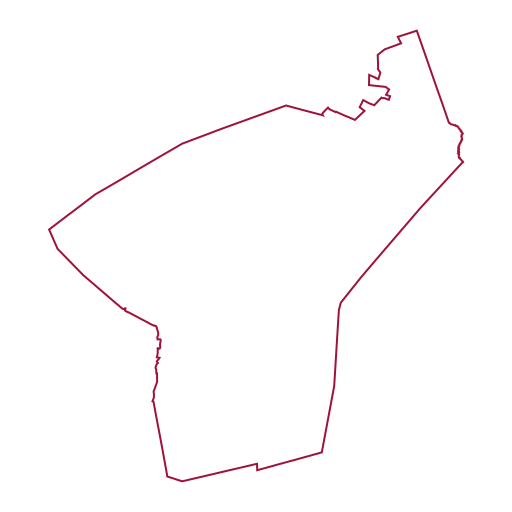 outline of Cranendonck, Noord-Brabant, Netherlands
{"feature_id": "6326949B25939661204192", "entity_name": "Cranendonck", "entity_type": "district", "adm_level": 2, "iso_a3": "NLD", "parent_name": "Netherlands", "parent_adm1": "Noord-Brabant", "projection": "natural_earth1", "projection_center": [5.605, 51.287], "detail": "fine", "context": "isolated", "style": "outline", "palette": "rose", "viewbox_px": 512, "rotation_deg": 0, "n_neighbors": 0, "source": "geoboundaries", "source_scale": "gbopen_adm2", "svg_char_len": 5152}
<svg xmlns="http://www.w3.org/2000/svg" viewBox="0 0 512 512"><path d="M416.8,30.7L397.8,36.8L401.1,43.3L384.8,49.3L382.0,51.5L380.4,52.8L377.7,54.9L378.0,62.7L378.1,68.1L377.8,68.9L378.7,70.2L380.3,72.4L380.2,73.0L379.7,74.8L378.9,77.4L378.4,79.2L375.7,78.0L375.8,77.8L369.2,74.9L369.0,85.1L385.6,86.9L389.1,89.5L388.8,90.0L386.1,94.8L390.1,96.2L388.8,99.8L386.7,99.0L386.1,98.8L385.3,98.4L384.8,98.2L384.4,98.2L384.0,98.1L383.4,98.1L382.6,98.1L382.3,98.1L382.0,98.0L381.8,97.9L381.6,97.9L381.4,97.7L374.2,105.3L373.5,104.9L372.9,104.7L369.1,103.3L367.1,102.2L363.2,100.1L362.5,101.3L362.1,102.1L361.6,103.5L361.3,104.0L360.8,104.9L360.2,106.1L359.7,107.2L364.5,110.9L354.9,119.9L347.1,116.5L346.9,116.6L336.0,111.7L335.6,112.1L330.4,109.7L329.6,109.3L329.2,109.0L328.0,107.6L323.6,112.0L323.5,112.3L322.7,113.1L322.6,113.3L322.5,113.6L322.4,113.9L322.4,114.3L322.4,114.6L322.5,114.9L322.7,115.1L322.8,115.3L322.5,115.2L300.9,109.5L298.7,108.8L297.2,108.5L286.1,105.5L224.1,127.9L218.1,130.1L210.0,133.2L190.3,140.6L187.3,141.8L182.3,143.6L181.6,144.0L180.6,144.6L176.3,147.1L163.2,154.7L137.0,170.0L131.1,173.5L111.5,185.0L95.4,194.3L74.8,210.0L67.6,215.4L60.5,220.8L54.5,225.4L49.1,229.5L49.3,230.0L57.6,248.9L83.2,275.1L116.1,303.4L118.0,304.9L118.9,305.7L119.0,305.7L119.9,306.6L121.3,307.7L121.4,307.9L122.0,308.3L123.0,309.0L123.3,309.0L124.0,308.9L124.4,308.7L124.8,308.4L125.1,308.3L125.5,308.3L125.5,308.5L125.0,310.5L125.3,310.9L127.5,312.0L127.6,311.9L132.7,314.5L136.8,316.7L138.2,317.4L139.5,318.2L140.0,318.4L140.3,318.6L144.6,320.8L145.8,321.5L146.3,321.7L146.5,321.8L146.9,322.0L147.1,322.1L148.0,322.6L148.2,322.8L148.4,322.9L149.3,323.4L149.9,323.6L150.0,323.7L150.1,323.8L150.3,323.9L150.7,324.1L150.9,324.2L151.5,324.5L152.0,324.8L152.6,325.1L153.1,325.3L153.5,325.6L153.8,325.5L154.1,325.4L154.6,325.7L154.9,325.7L155.3,325.8L155.6,326.1L155.9,326.2L156.1,326.2L156.2,326.4L156.3,326.6L156.3,326.8L156.5,327.0L156.8,327.4L156.8,327.9L156.8,328.3L156.9,328.6L157.0,328.8L157.1,329.0L157.7,331.0L157.8,331.3L158.0,331.9L158.2,332.5L158.1,333.2L158.1,333.5L158.2,333.8L158.3,334.3L158.3,334.5L158.2,335.1L158.1,335.3L157.7,336.2L157.5,336.6L157.5,337.1L157.2,337.7L157.4,338.2L157.5,338.4L157.5,338.8L157.6,339.4L159.5,339.3L160.2,339.3L160.5,339.4L160.6,339.9L160.7,340.4L160.6,340.7L160.6,341.0L160.5,341.8L160.3,342.7L160.1,343.6L160.0,344.5L160.0,345.2L160.1,345.8L160.2,346.3L160.2,347.2L160.1,347.7L159.6,348.7L159.4,348.7L159.2,348.7L158.4,348.3L158.2,348.2L157.8,348.2L157.7,348.2L157.6,348.3L157.6,348.6L157.6,348.8L157.7,349.3L157.8,349.9L157.8,350.3L157.7,350.6L157.7,351.5L157.7,352.0L157.7,353.0L157.7,353.4L157.6,353.8L157.5,354.6L157.2,355.7L156.8,357.3L159.5,357.8L159.0,358.7L158.3,359.6L157.9,360.0L157.4,360.5L156.8,361.3L156.8,361.6L157.0,362.0L157.9,363.0L156.8,364.1L156.4,364.8L155.7,366.9L155.5,367.8L156.2,369.7L156.4,373.4L157.0,373.4L157.1,379.8L157.1,381.9L154.5,389.2L153.6,391.4L153.9,394.1L153.9,397.4L152.5,401.3L153.5,401.7L156.7,419.1L159.7,434.7L162.6,450.3L167.0,474.6L167.3,476.5L182.1,481.3L197.2,477.8L227.4,470.7L257.0,463.8L257.2,470.2L321.8,452.4L334.2,386.0L338.1,322.1L338.9,310.0L340.8,302.7L361.2,277.1L376.1,259.6L420.5,207.9L458.0,167.2L460.7,164.4L462.7,162.1L462.9,162.1L462.8,161.9L462.9,161.7L462.8,161.4L462.7,161.3L462.4,161.3L462.0,160.9L461.3,159.8L460.6,159.3L459.9,158.5L459.9,158.3L459.9,158.2L459.5,158.3L459.4,158.3L459.3,158.2L458.8,157.3L458.8,157.1L458.8,156.7L458.7,156.3L458.7,156.1L458.7,155.9L459.2,154.9L459.2,154.7L458.7,154.1L458.5,153.9L458.0,153.6L457.9,153.4L458.9,152.8L459.0,152.7L458.6,152.4L458.5,152.2L459.0,151.3L459.0,151.2L458.9,151.0L458.6,150.9L458.1,151.0L458.1,150.6L458.1,150.3L458.1,150.2L458.4,149.9L458.7,149.7L459.0,149.4L459.1,149.2L458.9,149.0L458.9,148.9L458.9,148.5L458.9,148.2L458.7,147.9L458.2,147.9L458.3,147.3L458.4,147.1L458.5,147.1L458.8,146.9L458.9,146.7L458.7,146.5L458.6,146.3L458.6,146.2L459.0,145.8L459.3,145.7L459.3,145.4L459.2,145.1L459.2,144.8L459.3,144.5L459.7,144.3L459.7,144.2L459.6,143.9L459.7,143.6L459.8,143.4L459.9,143.2L460.6,142.8L460.8,142.6L460.8,142.4L460.6,142.2L461.0,141.6L461.4,141.2L461.5,141.0L461.5,140.9L461.5,140.7L461.4,140.6L461.3,140.4L461.3,140.2L462.2,139.6L462.1,139.0L461.6,137.8L461.6,137.7L461.8,137.3L461.8,137.2L461.5,136.5L461.4,136.4L461.7,135.8L461.7,135.7L461.6,135.3L461.5,135.0L461.5,134.9L461.8,134.7L462.0,134.6L462.2,134.4L462.4,134.1L462.5,134.0L462.7,133.8L462.8,133.4L462.7,133.2L461.8,132.4L461.5,132.1L461.4,132.0L461.5,131.9L461.5,131.4L461.5,131.2L461.4,131.1L460.7,131.0L460.6,130.9L460.4,129.8L460.4,129.7L459.6,129.3L459.4,129.2L459.3,128.7L459.2,128.5L458.9,128.3L458.6,128.0L458.5,127.8L458.5,127.5L458.4,127.3L458.3,127.2L458.2,127.1L457.7,126.7L457.6,126.4L457.4,126.3L457.4,126.2L457.0,126.2L456.3,126.2L456.1,126.1L456.0,125.8L455.9,125.6L455.7,125.4L455.5,125.1L455.4,125.1L455.2,125.1L454.9,125.3L454.6,125.4L453.8,125.2L453.6,125.1L453.3,124.8L453.1,124.7L452.7,124.6L451.1,124.3L450.6,124.0L450.4,123.8L450.0,123.5L449.6,122.9L449.0,122.7L448.9,122.7L447.5,118.7L442.7,104.7L435.0,82.9L424.8,53.5L416.8,30.7Z" fill="none" stroke="#9f1239" stroke-width="2"/></svg>